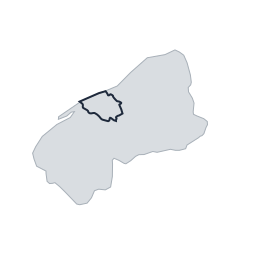 La Paz on a map of El Salvador (Equal Earth projection), rotated 125°
{"feature_id": "SLV-1347", "entity_name": "La Paz", "entity_type": "Department", "adm_level": 1, "iso_a3": "SLV", "parent_name": "El Salvador", "parent_adm1": "", "projection": "equal_earth", "projection_center": [-88.936, 13.47], "detail": "fine", "context": "in_parent", "style": "outline", "palette": "slate", "viewbox_px": 256, "rotation_deg": 125, "n_neighbors": 0, "source": "natural_earth", "source_scale": "10m", "svg_char_len": 2398}
<svg xmlns="http://www.w3.org/2000/svg" viewBox="0 0 256 256"><g transform="rotate(125 128 128)"><path d="M93.4,64.2L95.3,64.6L108.1,69.9L111.9,68.9L116.8,73.1L119.1,76.4L121.1,81.0L131.2,90.2L133.0,94.2L140.5,99.6L143.6,103.8L146.8,105.5L153.1,107.0L158.5,109.2L159.2,110.8L159.7,116.9L160.8,122.1L163.4,122.4L166.5,119.9L176.7,113.0L186.3,108.4L191.7,111.1L194.9,116.9L198.6,119.5L206.1,117.9L213.0,118.4L218.5,123.5L219.7,126.4L216.4,143.2L215.2,150.4L214.7,156.5L216.6,158.1L218.5,160.4L218.1,163.7L212.2,169.1L210.3,170.5L211.7,180.9L207.3,187.2L203.3,191.7L196.2,192.9L184.1,193.4L165.9,188.3L152.5,181.3L145.3,181.3L147.6,183.6L153.3,185.0L160.8,190.0L158.6,191.3L131.4,181.1L99.8,160.9L81.0,157.7L59.4,152.5L46.7,139.8L37.1,134.3L36.3,129.5L36.4,124.1L40.7,117.0L48.8,107.3L54.2,102.4L56.7,101.4L60.3,101.9L63.7,99.1L66.6,92.5L69.7,88.2L77.4,83.9L79.2,82.2L78.6,78.5L76.9,71.3L77.2,66.8L79.7,64.8L82.8,64.4L89.1,62.6L91.8,63.0L93.4,64.2Z" fill="#d9dde1" stroke="#a8b0b8" stroke-width="1"/><path d="M134.1,182.8L116.2,171.9L110.7,167.5L111.0,166.6L111.2,165.9L111.8,164.5L111.9,164.3L112.0,164.1L112.4,163.5L112.6,163.1L112.5,162.8L112.2,162.4L111.5,162.0L111.1,161.9L110.7,161.9L110.3,161.5L110.1,159.8L110.2,158.9L110.5,158.7L111.0,157.9L111.4,156.8L112.0,154.3L112.2,153.1L112.3,152.4L112.1,151.9L111.5,150.6L111.3,149.7L111.2,148.8L111.2,148.4L111.3,148.0L111.5,147.9L111.9,147.8L112.2,147.9L113.4,148.4L113.6,148.5L113.9,148.5L114.2,148.1L116.6,144.2L119.3,140.8L122.7,142.4L124.0,143.4L125.5,144.0L125.8,144.0L126.1,143.9L126.4,143.7L126.5,143.5L126.7,143.0L126.8,142.9L127.0,142.7L128.2,142.5L128.6,142.3L129.1,141.9L129.7,143.9L129.7,145.6L129.6,147.4L129.7,148.1L129.9,148.5L130.1,148.5L130.3,148.5L130.6,148.5L132.4,147.7L132.7,147.7L133.1,147.8L133.7,148.1L133.9,148.4L135.8,153.7L135.8,154.0L135.9,154.3L135.9,155.0L135.8,155.6L135.2,157.7L135.1,157.9L135.1,158.2L135.0,158.5L134.7,160.9L134.7,161.4L134.8,163.2L134.9,163.8L135.0,164.2L135.5,164.9L136.0,165.4L136.6,166.0L137.2,166.6L137.7,167.5L137.9,168.0L137.9,168.4L137.9,168.8L137.8,169.4L137.7,169.6L137.6,169.8L137.2,170.3L137.0,170.5L136.9,171.0L136.9,171.3L136.8,171.6L137.2,175.8L137.2,176.4L137.1,176.6L136.9,176.8L136.8,177.0L136.6,177.2L135.9,177.6L135.4,177.9L135.0,178.2L134.7,178.5L134.5,178.9L134.4,179.2L134.3,179.4L134.3,179.7L134.1,182.8L134.1,182.8Z" fill="none" stroke="#1e293b" stroke-width="2"/></g></svg>